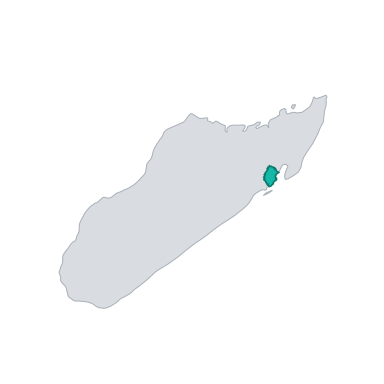 Mananara-Avaratra, Analanjirofo, Madagascar shown in context, rotated 38°
{"feature_id": "10022922B77596397547877", "entity_name": "Mananara-Avaratra", "entity_type": "district", "adm_level": 2, "iso_a3": "MDG", "parent_name": "Madagascar", "parent_adm1": "Analanjirofo", "projection": "natural_earth1", "projection_center": [49.534, -16.235], "detail": "fine", "context": "in_parent", "style": "filled", "palette": "teal", "viewbox_px": 384, "rotation_deg": 38, "n_neighbors": 0, "source": "geoboundaries", "source_scale": "gbopen_adm2", "svg_char_len": 6729}
<svg xmlns="http://www.w3.org/2000/svg" viewBox="0 0 384 384"><g transform="rotate(38 192 192)"><path d="M244.6,41.7L245.5,44.2L246.6,46.5L250.0,52.2L251.4,54.4L252.6,56.7L253.2,61.4L255.3,68.6L257.3,79.4L258.0,90.6L258.6,95.7L260.1,100.5L262.7,105.5L263.5,111.0L261.9,116.7L259.7,122.1L259.1,123.1L258.0,124.5L257.5,124.4L255.7,123.0L254.2,120.8L252.4,115.4L251.7,112.7L250.9,112.3L248.7,112.5L247.1,114.2L246.8,115.3L247.2,118.3L247.8,121.0L248.0,123.8L248.1,127.2L248.7,128.3L249.6,129.2L250.5,131.4L250.6,136.9L250.1,139.6L248.5,141.9L248.6,143.2L249.2,144.6L248.6,145.4L246.6,146.4L245.7,147.3L244.6,149.7L242.8,154.6L242.6,157.1L243.7,164.6L243.4,170.0L241.1,180.3L239.8,185.2L237.9,191.0L235.1,198.7L232.3,208.4L229.9,218.3L228.1,224.3L226.1,230.2L223.4,240.6L221.1,251.2L217.7,262.8L212.9,275.7L212.4,277.4L211.4,284.1L210.4,289.8L209.1,295.5L206.5,304.9L206.2,307.8L205.6,310.6L203.1,316.5L202.0,318.7L201.2,321.0L200.8,324.0L200.1,326.8L198.2,332.1L195.5,336.6L193.6,338.3L189.5,340.6L187.4,341.1L182.8,341.2L178.3,342.5L173.6,345.2L169.2,348.1L167.5,349.6L165.6,350.4L159.7,350.6L157.9,349.9L151.9,345.0L149.6,344.2L145.2,343.5L143.9,343.1L142.7,342.4L140.9,339.9L137.4,337.7L136.6,337.0L136.0,335.5L135.6,333.9L134.7,332.1L134.0,328.6L132.8,326.2L129.6,322.0L129.2,320.6L128.9,316.1L129.0,313.1L128.6,307.5L128.9,304.9L130.0,302.5L129.5,299.9L128.3,297.2L127.8,294.4L126.9,291.9L123.4,287.3L122.6,285.1L122.0,282.8L120.7,275.5L120.5,273.0L120.6,267.6L121.1,264.9L121.9,263.0L122.1,261.5L122.6,260.3L123.4,259.3L123.9,258.2L125.1,251.3L126.7,249.8L129.1,248.9L131.0,247.2L132.0,244.7L133.1,239.8L136.1,234.9L137.1,232.3L139.5,228.3L141.6,222.8L142.2,220.2L142.7,217.6L143.2,211.8L143.6,208.9L143.5,206.0L142.2,203.0L139.2,197.7L139.1,196.7L139.3,192.7L139.0,189.8L137.9,186.9L136.5,184.2L135.1,179.2L134.4,170.8L134.5,167.8L134.1,165.1L133.1,162.6L133.7,158.1L142.4,141.9L142.7,140.0L142.3,135.1L142.5,132.2L142.8,131.2L143.5,130.5L145.0,130.2L152.1,129.5L153.0,129.0L154.8,127.7L157.2,125.0L158.3,124.3L159.3,124.5L159.9,125.7L160.7,126.3L163.6,125.1L164.7,125.1L165.9,125.3L166.4,124.2L166.7,122.7L167.1,121.6L167.9,121.1L171.6,120.7L173.9,120.3L177.0,119.3L177.7,119.5L180.2,123.2L180.9,123.5L181.9,123.7L182.7,123.0L180.7,121.0L180.4,120.0L180.5,118.7L181.5,116.0L183.3,114.0L187.3,110.9L191.5,107.3L192.7,107.1L193.7,107.7L194.5,111.9L194.4,112.6L195.0,112.7L195.8,112.1L196.5,110.4L196.5,109.0L196.0,107.7L195.7,106.5L195.7,105.5L197.8,103.0L199.4,100.6L200.2,97.8L200.8,96.5L202.6,95.0L203.1,95.2L203.5,96.4L203.7,97.7L203.3,98.9L202.6,100.2L202.4,101.9L203.4,102.2L204.3,101.8L205.6,98.8L207.2,95.9L208.1,94.5L209.3,93.4L211.2,93.6L213.1,94.3L210.0,91.3L209.2,87.2L212.9,80.1L212.9,78.6L213.4,78.1L213.7,77.6L211.8,75.2L211.4,74.0L211.7,72.2L212.6,70.6L213.4,69.4L214.6,69.0L215.5,69.6L217.5,71.6L218.9,71.9L220.5,70.0L221.9,67.6L223.9,66.0L226.2,65.0L229.7,61.3L232.0,53.5L232.2,51.3L231.7,48.5L230.9,45.9L229.5,42.6L229.9,41.9L231.8,42.3L232.4,41.9L234.5,39.0L237.9,33.4L239.1,33.5L240.1,34.5L240.4,36.0L241.1,37.1L243.4,39.8L244.6,41.7ZM220.6,63.6L220.6,64.4L218.0,64.1L217.6,61.1L218.9,61.0L219.2,59.8L219.9,59.7L220.8,62.3L220.6,63.6ZM252.6,146.6L250.3,150.9L250.9,147.3L253.5,142.2L254.3,141.8L252.6,146.6Z" fill="#d9dde1" stroke="#a8b0b8" stroke-width="1"/><path d="M236.7,123.8L236.9,124.2L237.2,124.7L236.8,124.7L236.7,124.8L236.6,125.1L236.6,125.7L236.6,125.8L236.7,126.3L236.7,126.6L236.8,126.7L237.0,126.9L237.3,126.7L237.6,126.7L237.7,126.8L237.8,126.9L237.8,127.0L237.5,127.1L237.4,127.2L237.5,127.2L237.6,127.3L237.8,127.4L237.9,127.5L237.6,127.7L237.6,127.8L237.6,128.2L237.6,128.3L237.8,128.4L237.8,128.5L238.0,128.5L238.1,128.8L238.1,129.0L238.0,129.4L238.1,129.5L238.0,129.8L238.0,130.1L237.9,130.1L237.9,130.5L238.0,130.7L238.0,131.2L238.1,131.3L238.2,131.5L238.2,131.8L237.9,132.0L237.9,132.3L238.0,132.4L238.0,132.5L238.2,132.8L238.3,132.8L238.5,132.9L238.6,133.0L238.7,133.3L238.8,133.4L238.7,133.5L238.8,133.5L238.6,133.8L238.7,133.7L238.7,133.8L238.8,133.8L238.9,134.0L239.1,134.2L239.1,134.5L239.3,134.6L239.3,134.8L239.4,134.7L239.3,134.8L239.4,135.1L239.5,135.1L239.6,135.3L239.8,135.4L239.9,135.5L240.0,135.5L240.0,135.8L239.9,136.1L240.0,136.1L240.3,136.2L240.2,136.3L240.3,136.3L240.4,136.2L240.6,136.3L240.7,136.5L240.7,136.4L240.8,136.5L240.9,136.8L240.9,137.0L240.7,137.1L240.6,137.4L240.7,137.5L240.7,137.4L240.8,137.4L241.2,137.2L241.4,137.2L241.5,137.3L241.4,137.3L241.4,137.6L241.3,137.8L241.2,138.0L241.9,138.2L242.2,138.1L242.4,138.1L242.8,138.2L243.0,138.2L243.4,138.4L243.5,138.3L243.4,138.1L243.5,138.1L243.7,138.3L243.8,138.3L243.8,138.5L244.0,138.5L244.2,138.9L244.3,138.9L244.5,138.8L244.7,139.0L244.8,139.0L245.0,138.9L245.1,139.0L245.3,139.2L245.5,139.1L245.6,139.3L246.1,139.3L246.3,139.2L246.5,139.2L246.5,139.3L246.6,139.5L246.6,139.4L246.8,139.4L246.8,139.5L246.9,139.4L247.0,139.5L247.1,139.4L247.1,139.5L247.3,139.6L247.2,139.7L247.3,139.8L247.4,139.7L247.5,139.7L247.8,139.7L248.0,139.7L248.1,139.9L248.4,139.8L248.5,139.7L248.7,139.9L248.8,140.0L248.9,139.8L249.0,139.7L249.6,139.9L249.8,139.9L249.9,139.7L250.0,139.5L250.3,139.2L250.5,138.9L250.6,138.6L250.6,138.3L250.6,137.9L250.7,137.6L250.6,137.3L250.6,137.2L250.7,136.8L250.8,136.7L250.9,136.4L251.0,136.3L251.0,136.1L250.9,135.8L251.0,135.6L251.0,135.4L250.8,135.4L250.6,135.6L250.5,135.1L250.4,134.8L250.4,134.6L250.3,134.2L250.2,134.0L250.2,133.8L250.1,133.7L250.1,133.4L250.1,133.2L250.3,132.8L250.3,132.6L250.4,132.4L250.5,132.3L250.7,131.9L250.6,131.7L250.8,131.4L250.7,131.3L250.7,131.2L250.8,131.2L251.0,131.0L250.9,130.9L251.0,130.9L251.0,130.7L251.1,130.2L250.8,130.0L250.6,130.0L250.7,129.9L250.6,129.7L250.5,129.8L250.5,129.6L250.3,129.4L250.2,129.4L249.9,129.3L249.9,129.2L250.0,129.1L249.9,129.0L249.7,129.1L249.4,129.2L249.2,129.2L249.1,129.3L248.9,129.2L248.7,129.1L248.5,128.9L248.3,128.8L248.3,128.7L248.2,128.6L248.1,128.4L247.9,128.0L247.8,127.8L247.8,127.2L247.7,127.1L247.4,126.7L247.5,125.5L247.7,124.8L248.0,124.1L248.1,123.9L248.5,123.3L248.5,123.1L248.4,123.1L248.2,123.0L248.1,122.9L247.9,123.0L247.7,123.3L246.9,123.4L246.3,123.5L245.9,123.4L245.5,123.4L245.3,123.0L244.9,122.9L244.4,123.0L243.9,122.9L243.9,122.7L243.9,122.8L244.0,122.7L243.9,122.6L243.9,122.3L244.0,122.2L244.1,121.9L244.0,122.0L243.9,122.0L243.7,122.0L243.3,122.0L243.2,122.0L243.0,122.3L242.8,122.3L242.7,122.6L242.5,122.4L242.4,122.5L242.3,122.4L242.3,122.6L242.3,122.4L242.2,122.4L242.2,122.5L241.9,122.7L241.7,122.6L241.4,122.6L241.0,122.5L240.8,122.5L240.5,122.5L240.4,122.6L240.2,122.5L239.8,122.7L239.7,122.9L239.5,123.0L239.2,123.0L238.8,123.0L238.7,123.1L238.4,123.0L238.2,123.4L238.1,123.5L236.9,123.7L236.7,123.7L236.7,123.8Z" fill="#14b8a6" stroke="#0f766e" stroke-width="1.5"/></g></svg>